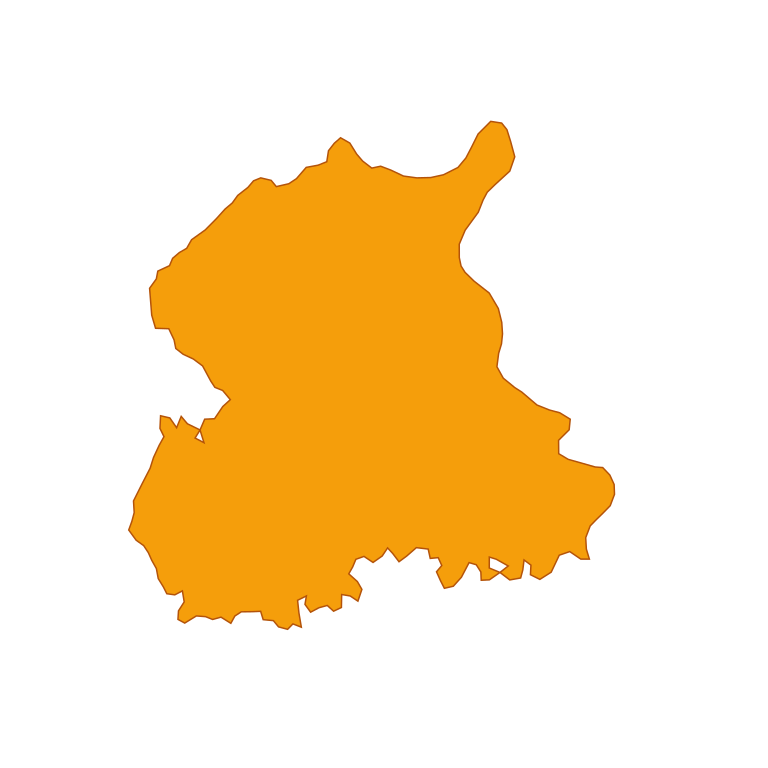 Itambé, Paraná, Brazil, rotated 195°
{"feature_id": "56859067B60705951788517", "entity_name": "Itambé", "entity_type": "district", "adm_level": 2, "iso_a3": "BRA", "parent_name": "Brazil", "parent_adm1": "Paraná", "projection": "orthographic", "projection_center": [-52.013, -23.715], "detail": "fine", "context": "isolated", "style": "filled", "palette": "amber", "viewbox_px": 768, "rotation_deg": 195, "n_neighbors": 0, "source": "geoboundaries", "source_scale": "gbopen_adm2", "svg_char_len": 2669}
<svg xmlns="http://www.w3.org/2000/svg" viewBox="0 0 768 768"><g transform="rotate(195 384 384)"><path d="M549.8,292.0L563.6,294.7L571.5,300.2L573.0,288.1L582.1,295.8L591.6,295.5L588.9,283.1L582.9,276.2L585.3,266.6L587.6,253.4L588.1,242.1L591.7,225.6L595.7,206.2L592.0,195.1L592.0,186.0L592.8,176.9L582.9,168.9L574.3,165.7L568.0,160.1L562.8,153.7L556.1,146.8L551.7,137.6L544.6,130.9L539.5,125.2L531.5,126.2L525.2,132.0L520.6,121.8L523.8,111.7L522.1,103.3L514.6,101.5L505.2,111.4L496.1,113.1L488.6,112.2L481.1,116.6L470.0,113.2L468.0,121.3L462.9,127.0L452.3,130.0L444.3,132.5L439.7,125.1L429.6,126.8L423.0,122.1L413.6,122.1L409.9,128.7L400.9,127.7L406.9,140.8L411.5,152.7L404.1,159.2L403.3,150.7L395.8,144.6L389.0,151.0L381.5,155.4L373.9,151.5L367.3,157.1L370.4,169.7L361.8,170.5L353.0,167.5L352.2,179.9L358.6,186.3L368.9,191.5L366.9,199.2L365.8,207.4L358.7,212.3L348.4,208.8L341.2,217.4L338.1,226.6L331.8,222.6L323.5,216.2L317.6,223.6L310.4,234.3L298.6,236.0L294.2,227.5L286.7,230.3L281.2,223.6L284.7,216.2L278.4,208.5L272.8,202.3L264.7,206.6L259.2,217.4L255.6,233.5L248.1,233.3L241.8,227.5L239.3,219.6L231.5,222.1L223.2,232.0L211.8,227.3L201.8,232.0L201.8,240.3L203.2,250.3L195.2,247.1L193.2,237.7L182.9,235.6L173.8,245.5L170.4,264.0L161.2,270.2L148.6,265.8L140.3,268.0L145.8,276.9L149.4,287.8L148.1,300.3L143.8,308.0L139.1,315.9L134.0,325.0L132.8,337.1L135.7,346.5L142.3,354.5L151.1,359.9L158.5,358.5L186.6,358.9L197.2,361.9L200.8,374.8L193.3,387.7L195.0,398.2L206.8,401.7L217.4,401.7L230.8,403.3L248.9,411.9L256.8,414.4L270.3,420.5L279.4,429.9L281.2,443.3L280.9,453.2L282.5,463.1L286.2,474.0L293.1,486.5L305.9,499.1L323.5,506.6L334.6,512.8L340.1,517.9L344.0,525.6L347.5,538.5L345.4,553.6L337.4,574.3L335.9,587.4L333.9,596.0L328.3,605.4L317.6,622.2L316.5,637.3L324.5,651.1L331.1,661.5L337.9,666.5L348.9,665.3L357.8,649.9L360.6,636.1L363.4,623.5L368.6,612.3L380.7,601.5L392.3,595.5L405.6,591.6L419.0,589.9L432.8,592.4L443.6,593.5L451.7,589.4L462.3,593.8L469.9,599.0L479.4,607.9L489.7,610.6L494.3,603.7L498.0,595.0L496.8,583.9L504.3,578.3L515.2,573.1L521.7,559.7L527.8,552.8L539.1,546.8L545.7,551.5L556.4,551.2L562.6,546.5L566.3,538.7L574.1,528.3L577.4,519.6L582.7,512.0L588.7,500.3L596.6,486.5L607.2,473.6L609.7,464.0L615.7,458.0L620.7,450.7L621.8,442.8L631.7,434.5L631.1,426.6L635.2,415.8L626.2,390.4L619.1,378.7L606.2,381.7L598.2,372.3L594.3,364.4L585.6,360.7L574.7,358.8L563.9,354.5L552.1,342.0L546.5,337.0L538.2,336.0L528.4,329.1L533.9,320.5L538.7,306.6L548.1,303.6L549.8,292.0ZM223.2,232.0L234.7,233.5L237.5,244.1L230.2,243.8L216.9,240.4L223.2,232.0ZM549.8,292.0L542.7,280.7L552.5,282.9L549.8,292.0Z" fill="#f59e0b" stroke="#b45309" stroke-width="1.5"/></g></svg>